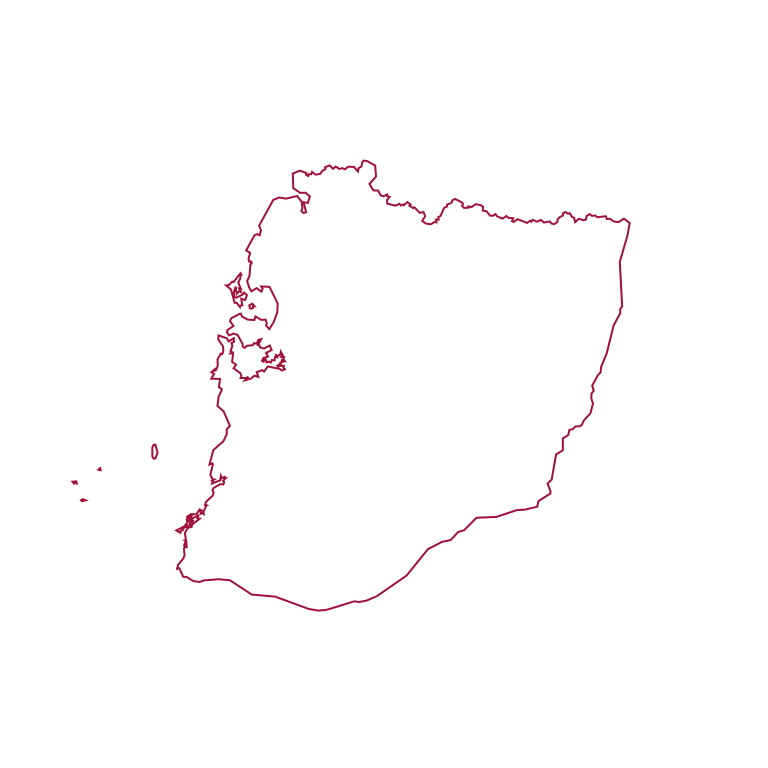 Kilwa, Lindi, United Republic of Tanzania, rotated 215°
{"feature_id": "72390352B7880721655308", "entity_name": "Kilwa", "entity_type": "district", "adm_level": 2, "iso_a3": "TZA", "parent_name": "United Republic of Tanzania", "parent_adm1": "Lindi", "projection": "albers", "projection_center": [39.276, -9.089], "detail": "fine", "context": "isolated", "style": "outline", "palette": "rose", "viewbox_px": 768, "rotation_deg": 215, "n_neighbors": 0, "source": "geoboundaries", "source_scale": "gbopen_adm2", "svg_char_len": 6172}
<svg xmlns="http://www.w3.org/2000/svg" viewBox="0 0 768 768"><g transform="rotate(215 384 384)"><path d="M447.2,113.0L447.2,115.2L445.8,115.6L437.7,110.9L435.2,112.7L427.6,113.1L421.6,115.9L418.9,119.8L407.5,129.2L397.6,134.9L371.7,135.6L351.2,147.4L316.4,156.6L307.4,161.0L301.5,166.1L283.6,189.0L279.5,191.0L274.1,196.5L268.2,206.0L255.6,240.1L253.3,273.9L245.9,288.0L239.9,294.4L238.3,305.3L234.5,310.2L231.5,327.5L215.7,339.6L202.8,357.0L196.6,361.8L188.1,371.4L190.3,376.8L184.9,389.6L186.0,391.6L192.9,396.2L191.8,401.8L202.6,425.0L199.5,432.3L206.3,442.0L203.8,447.9L205.8,452.7L203.6,455.1L202.6,459.3L199.5,461.5L198.5,463.9L199.4,469.0L198.1,478.3L201.6,487.9L206.1,491.3L208.6,495.4L208.3,498.7L212.5,502.1L213.9,513.9L213.2,517.7L215.9,522.3L219.1,536.7L229.5,563.8L231.1,577.7L233.4,580.6L233.4,584.1L260.9,619.3L269.9,645.7L275.1,656.8L282.3,657.1L284.9,650.9L289.5,648.8L293.7,648.9L296.0,647.0L298.5,648.7L305.1,642.8L307.6,643.2L309.9,641.1L313.0,641.1L314.4,637.8L312.9,634.4L314.5,632.6L319.1,631.1L320.3,626.2L323.6,629.2L325.8,628.7L329.9,630.5L330.9,629.0L334.1,628.9L335.3,626.6L334.0,624.7L335.9,621.1L336.3,618.7L335.0,616.4L336.2,612.6L338.9,611.5L341.4,612.3L345.6,608.0L349.7,608.4L351.7,604.8L356.6,603.6L356.4,601.5L357.9,601.5L359.2,598.0L369.0,595.7L370.8,591.0L372.5,590.8L373.3,593.9L377.3,591.5L380.1,591.8L381.8,587.5L387.4,586.2L390.2,587.1L391.3,584.3L393.8,582.7L399.0,584.3L402.5,582.7L404.5,586.0L407.5,585.9L412.0,583.9L413.7,579.2L416.8,577.9L415.9,576.9L419.4,574.2L422.1,574.6L422.6,576.9L424.4,577.4L432.0,576.4L433.3,573.7L432.6,571.1L435.2,567.2L434.2,565.6L435.8,562.7L434.1,553.8L435.3,551.9L433.5,550.0L435.8,548.5L433.7,546.6L435.7,545.4L437.2,541.7L441.5,539.5L446.2,539.4L446.5,545.0L450.2,547.5L453.1,544.7L460.5,546.2L461.0,544.8L465.4,544.6L465.2,546.3L469.1,546.4L470.4,541.6L471.5,541.9L472.5,539.9L474.6,540.5L476.9,536.7L484.7,533.6L487.0,536.4L486.8,540.5L489.0,539.7L490.1,541.0L492.1,537.4L495.0,536.7L499.9,539.1L503.7,536.5L510.7,539.5L509.5,549.3L516.5,557.9L525.4,557.0L528.6,555.5L529.1,553.7L527.3,549.2L528.6,546.1L527.2,543.1L533.1,544.6L538.2,541.3L539.0,537.6L542.2,536.8L543.8,534.6L548.2,534.4L549.2,531.0L553.9,531.9L556.6,527.8L555.1,526.3L556.7,523.6L556.9,519.3L560.2,516.2L564.6,516.5L564.0,514.1L566.1,512.5L565.4,510.9L567.9,510.7L568.7,512.3L575.3,510.5L579.4,504.0L570.6,492.4L562.3,492.5L557.9,495.7L552.2,495.1L550.3,488.6L554.1,486.8L546.3,480.0L548.1,477.9L551.0,478.3L551.8,481.5L555.9,486.0L563.0,488.2L570.4,479.8L576.9,476.6L580.3,471.2L577.1,442.0L573.0,439.5L571.2,434.8L572.2,434.7L571.1,434.3L573.8,434.1L575.4,431.4L573.5,414.4L569.0,414.7L566.6,408.6L564.7,406.9L563.2,408.1L562.3,406.4L561.8,408.2L561.8,405.0L556.2,395.4L555.1,389.8L550.1,385.9L545.9,383.8L543.3,389.5L537.5,389.3L537.9,392.3L540.5,393.5L533.5,397.9L517.2,388.9L512.6,381.6L509.9,371.7L509.4,363.2L514.1,364.2L514.8,366.5L518.0,368.8L521.1,366.2L528.1,365.6L526.8,362.1L532.5,358.6L539.1,357.8L541.6,359.5L542.5,358.6L546.8,350.2L546.2,347.1L540.6,345.2L543.2,338.3L542.2,336.2L538.8,335.0L536.0,339.1L532.1,340.2L523.1,335.9L521.2,333.6L518.8,333.7L518.3,336.6L513.7,340.6L514.0,342.9L511.5,343.9L512.2,347.9L510.3,350.3L509.6,343.7L508.3,344.3L506.7,342.9L502.6,344.3L499.7,350.0L495.5,347.4L498.4,341.7L494.7,340.0L497.7,336.2L497.2,333.0L495.4,333.2L496.0,335.4L494.9,336.3L492.6,334.3L490.8,336.6L489.0,336.7L489.5,339.4L487.2,340.5L488.8,343.9L487.1,344.5L488.9,345.8L486.8,346.4L486.0,349.3L487.0,351.2L484.4,350.0L484.6,348.9L483.4,349.3L483.7,347.2L481.1,348.6L480.8,346.6L478.8,346.0L481.4,345.0L481.0,344.1L479.1,344.9L481.1,341.5L479.0,340.5L480.7,340.1L481.9,337.8L479.8,337.4L480.9,338.3L476.4,341.4L475.8,339.6L473.7,339.3L475.3,336.5L478.2,336.5L489.2,331.7L489.4,325.4L491.8,325.4L495.1,320.8L491.0,317.7L495.0,316.5L495.9,312.5L499.9,307.4L499.3,312.2L500.3,309.9L504.9,306.7L505.4,308.8L508.0,310.5L516.2,310.6L516.2,314.9L521.1,315.0L525.1,322.4L527.2,321.0L526.6,323.1L528.6,322.9L530.0,328.2L532.4,330.0L531.0,332.6L533.3,335.3L535.6,329.8L539.0,331.3L547.4,328.9L545.4,325.5L537.3,322.4L534.7,319.1L533.6,315.8L535.1,315.4L534.5,308.7L530.5,303.4L529.6,298.7L530.2,297.9L531.1,299.0L532.2,294.6L529.0,294.9L528.5,289.3L521.2,294.1L517.4,286.7L514.3,286.9L513.3,285.6L512.3,278.9L507.8,270.5L499.7,269.6L486.3,261.4L486.8,256.7L484.1,252.8L482.7,245.1L485.9,232.0L480.8,218.0L479.0,220.6L478.1,220.0L474.1,209.9L470.0,207.7L468.3,208.4L469.4,206.2L468.4,206.3L467.8,203.9L463.0,211.0L464.9,215.3L462.8,213.8L461.4,216.4L460.9,215.5L459.6,216.3L460.3,212.3L458.4,211.8L458.1,209.4L460.7,208.1L463.9,201.1L463.7,198.7L461.2,197.3L460.3,194.3L462.2,185.3L461.3,182.8L459.9,183.0L460.7,182.0L459.6,181.8L458.8,176.2L457.1,174.0L458.9,174.1L459.6,172.7L461.1,174.0L460.6,175.8L463.2,175.4L462.9,169.8L467.4,166.7L469.0,162.6L465.0,163.3L467.1,164.5L466.0,166.3L466.0,164.4L464.0,164.0L460.6,169.7L459.8,167.0L457.7,168.0L460.2,159.8L461.8,160.2L462.0,162.7L465.4,161.7L467.3,162.8L468.1,161.8L468.1,160.0L465.7,157.9L465.8,160.9L464.2,161.7L462.9,157.4L461.8,157.0L460.7,159.0L459.6,156.5L461.6,154.4L465.7,156.1L466.1,152.5L470.1,144.9L465.5,145.3L466.2,146.9L465.0,148.9L466.6,149.3L463.5,154.3L462.2,154.2L461.6,147.7L456.6,142.4L457.3,141.7L455.7,141.8L453.0,138.3L454.4,138.0L456.2,140.7L455.2,137.2L452.4,136.8L453.8,135.7L453.2,134.0L449.3,129.6L448.3,126.0L449.0,117.9L447.2,113.0ZM551.4,366.0L546.4,364.5L547.0,365.4L545.2,367.1L549.8,371.9L545.9,373.1L547.3,378.2L551.0,378.7L551.1,376.1L554.5,370.0L556.6,369.6L559.4,372.6L561.4,378.7L556.4,373.3L556.0,376.7L554.0,377.2L557.4,379.1L555.6,379.7L561.6,383.6L562.3,388.3L564.1,390.7L563.4,391.6L565.1,392.4L565.7,381.2L567.1,380.8L567.8,376.1L569.9,374.2L563.4,373.6L552.9,364.8L551.4,366.0ZM536.5,203.2L537.8,201.9L537.3,199.0L532.1,191.7L529.6,190.8L528.6,192.0L530.0,197.8L536.5,203.2ZM539.5,371.3L537.5,369.2L536.0,369.4L534.8,371.1L536.0,372.5L534.6,373.4L538.0,374.2L539.5,371.3ZM561.7,117.6L564.7,116.9L565.5,115.0L564.1,114.7L561.7,117.6ZM580.2,127.8L583.1,125.3L580.7,124.6L580.3,126.1L578.7,126.3L580.2,127.8ZM568.2,152.3L568.9,150.0L566.7,150.8L568.2,152.3Z" fill="none" stroke="#9f1239" stroke-width="2"/></g></svg>